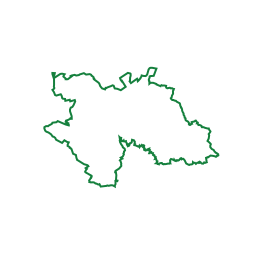 the district of Surduc, Salaj, Romania, rotated 28°
{"feature_id": "2599482B26671211995653", "entity_name": "Surduc", "entity_type": "district", "adm_level": 2, "iso_a3": "ROU", "parent_name": "Romania", "parent_adm1": "Salaj", "projection": "orthographic", "projection_center": [23.382, 47.244], "detail": "fine", "context": "isolated", "style": "outline", "palette": "green", "viewbox_px": 256, "rotation_deg": 28, "n_neighbors": 0, "source": "geoboundaries", "source_scale": "gbopen_adm2", "svg_char_len": 5896}
<svg xmlns="http://www.w3.org/2000/svg" viewBox="0 0 256 256"><g transform="rotate(28 128 128)"><path d="M143.8,185.8L143.4,185.2L143.3,183.3L141.8,180.7L143.5,180.0L143.4,179.4L141.9,179.8L139.9,175.2L138.2,172.9L137.5,173.2L137.3,173.0L137.3,172.3L137.1,171.7L139.2,168.0L139.9,164.7L139.7,164.3L139.1,163.6L138.8,162.6L137.0,160.8L136.0,160.4L136.5,158.8L137.3,157.8L135.6,157.5L136.6,156.1L136.8,155.5L136.7,153.2L135.9,152.6L136.0,151.7L135.5,150.6L135.9,149.2L134.7,147.8L132.5,147.5L132.0,146.8L129.1,145.3L128.0,144.3L127.8,143.7L127.5,144.0L126.5,142.8L126.6,142.3L124.9,140.1L125.9,140.4L126.2,140.0L126.6,139.9L127.0,141.2L129.0,142.3L130.0,141.9L130.1,141.1L130.7,141.7L131.2,141.6L132.3,140.6L132.7,141.3L133.4,141.5L134.7,142.8L135.2,142.5L135.1,143.3L135.6,143.4L136.4,144.2L137.1,143.4L137.3,142.9L136.9,140.5L137.6,139.9L138.0,139.0L137.1,136.5L139.0,136.1L139.3,136.5L140.2,136.7L140.6,137.1L141.3,139.4L141.7,139.2L141.8,140.1L142.7,139.8L145.9,139.6L146.2,139.2L146.3,138.4L147.2,139.3L147.3,138.2L147.8,137.9L147.8,137.5L148.1,137.5L148.2,136.5L149.1,136.8L149.2,136.3L149.9,135.8L150.7,136.1L150.9,137.6L151.6,137.9L151.3,138.1L152.2,138.3L152.2,139.0L152.5,139.1L152.6,139.7L153.3,139.7L153.5,139.3L154.1,139.6L155.0,138.8L155.0,138.0L156.4,136.3L156.7,137.4L157.1,137.0L157.7,137.1L157.9,138.3L158.5,139.4L158.6,140.3L159.0,140.1L159.3,138.9L159.9,138.2L160.9,139.0L161.4,139.0L161.8,138.7L161.9,139.2L162.8,139.5L162.9,139.9L163.3,139.7L163.8,140.1L164.2,139.8L165.4,141.0L166.0,140.8L166.0,141.3L166.4,141.8L166.4,142.5L167.1,141.9L168.4,143.2L169.1,143.7L169.6,143.6L169.7,143.9L169.3,144.3L169.5,145.1L169.8,145.2L169.5,145.9L170.2,145.6L171.0,145.9L171.6,145.4L172.3,145.5L172.2,144.8L173.6,143.4L174.3,143.0L175.4,143.6L176.6,143.3L176.7,142.9L178.1,142.3L180.1,140.6L181.2,140.1L181.7,139.4L182.0,139.3L181.2,138.4L180.9,137.4L180.3,136.7L180.5,135.2L181.6,134.9L183.7,134.9L183.6,134.3L184.6,134.9L185.8,134.7L185.8,133.8L186.7,133.8L187.0,133.1L187.8,133.0L188.2,132.3L188.6,130.2L189.0,129.8L189.5,130.4L190.0,130.6L190.9,129.3L191.6,129.3L193.3,130.0L196.0,132.0L198.8,132.0L199.5,131.8L199.8,131.2L201.5,130.1L202.0,129.0L201.4,127.7L202.3,127.9L203.4,127.3L204.8,127.8L205.5,126.1L206.5,125.4L206.5,124.9L207.0,124.1L207.9,124.2L207.9,124.9L208.4,124.5L210.0,124.7L211.1,124.2L211.3,123.3L211.7,123.0L211.6,122.6L212.4,122.6L213.6,121.3L213.2,121.0L213.0,120.5L210.9,117.7L211.9,116.5L212.1,116.7L212.5,116.3L213.8,113.6L216.1,112.7L218.8,112.0L219.2,112.1L219.6,111.3L219.5,110.7L219.9,109.9L220.4,110.1L220.6,109.8L219.9,108.8L217.8,108.5L217.0,108.7L216.4,108.3L215.5,108.2L214.0,107.2L211.8,107.2L209.7,106.3L208.9,104.9L208.8,103.6L208.5,103.2L206.3,102.5L204.3,102.1L204.2,99.4L203.1,96.3L202.1,95.5L202.5,93.1L202.4,92.3L200.5,91.4L199.5,90.5L198.8,91.0L195.9,91.7L194.3,91.8L192.9,92.6L192.4,92.3L192.2,91.8L191.6,91.6L189.6,91.7L188.8,92.3L188.0,91.7L187.2,91.6L187.1,90.9L186.7,91.2L186.7,90.7L184.4,89.6L184.0,89.9L183.7,90.9L181.4,92.9L181.9,93.7L182.5,94.2L181.8,94.7L181.9,95.3L181.4,96.2L180.7,96.4L179.9,96.0L179.7,95.1L178.2,94.2L175.4,94.1L174.7,93.5L174.4,92.6L174.0,92.3L173.2,92.3L172.3,91.0L170.9,90.3L170.2,89.0L169.2,88.5L167.7,87.3L167.0,86.2L166.0,85.2L165.2,85.2L164.7,84.3L163.8,83.9L162.7,82.4L162.0,81.9L158.6,81.9L157.6,81.5L156.0,82.0L155.1,81.9L153.9,82.5L152.0,81.9L151.8,81.6L152.2,80.7L151.6,78.7L151.7,76.6L150.3,74.2L150.4,73.4L150.2,72.0L149.2,72.3L148.1,72.2L147.3,72.9L146.1,72.8L144.0,74.5L142.8,74.4L141.9,73.4L141.8,72.9L139.9,73.5L138.3,74.5L137.6,74.4L136.8,75.5L136.9,75.8L132.7,76.2L132.4,75.8L128.9,76.3L126.6,77.6L126.1,78.9L125.3,77.4L125.3,77.1L124.7,76.8L124.7,76.5L124.2,76.3L123.6,75.4L123.4,73.4L122.9,72.3L123.3,71.7L126.2,69.9L125.2,62.2L121.1,63.5L119.7,64.2L119.0,65.0L118.7,66.6L119.8,71.7L119.5,73.3L119.1,73.9L117.4,74.7L115.4,75.2L115.7,76.2L115.5,77.8L115.7,78.3L114.8,81.9L114.7,82.1L113.7,80.7L112.9,80.2L109.5,87.0L107.5,86.0L107.6,85.4L106.2,82.5L105.8,80.6L104.9,79.0L104.5,78.8L102.0,79.4L97.5,87.6L98.8,88.8L100.6,89.7L100.7,89.3L106.6,92.7L103.9,98.0L100.2,98.4L97.7,99.3L95.5,97.4L94.3,97.6L93.4,98.9L90.6,102.0L90.2,102.9L89.4,103.1L89.6,104.7L86.5,105.2L83.9,104.1L81.7,102.2L80.6,101.8L75.3,101.0L75.1,100.4L74.4,100.5L73.9,99.4L72.1,98.9L71.4,99.0L70.5,98.3L68.9,98.4L65.9,100.5L63.3,100.3L60.2,103.4L59.8,104.3L59.3,104.7L57.6,106.0L56.0,106.1L53.7,108.0L52.8,109.1L53.3,109.8L53.6,109.7L52.0,113.1L51.0,113.8L50.3,114.1L50.3,113.7L46.8,112.9L46.6,111.8L46.8,110.3L44.3,111.0L42.9,112.0L39.8,117.6L38.8,117.8L37.8,116.6L37.7,116.1L38.1,115.8L37.6,113.9L35.4,114.9L35.9,115.8L39.7,119.5L42.5,124.7L43.2,126.4L44.2,127.3L44.1,128.5L43.4,129.8L45.8,131.1L48.1,133.1L49.5,133.0L52.8,129.8L54.2,130.6L55.9,132.5L56.7,132.7L58.8,131.9L59.9,133.4L63.3,130.4L64.5,131.6L67.9,128.3L68.9,129.3L69.2,133.5L69.0,135.5L68.6,136.1L68.2,136.4L67.9,137.0L68.1,138.9L69.0,140.5L72.7,144.0L74.0,146.3L73.3,146.7L72.6,146.6L72.6,147.1L71.3,149.0L69.8,150.6L70.0,151.7L71.5,151.5L72.9,151.9L74.1,151.8L71.2,152.3L71.2,153.8L74.4,153.2L74.5,153.5L71.2,154.2L62.7,154.9L62.1,156.5L58.8,158.8L58.8,160.2L56.9,163.0L56.6,163.9L54.8,164.8L53.8,166.5L54.3,167.6L56.1,169.2L57.6,169.6L59.9,169.3L63.1,169.7L65.4,170.9L66.6,170.6L68.4,170.9L70.0,172.1L76.8,172.1L77.6,168.7L80.7,168.9L82.4,168.5L82.5,170.9L83.1,172.2L84.9,172.2L86.4,172.6L86.3,172.9L88.0,173.1L91.6,176.5L94.7,176.3L96.5,178.6L97.8,179.7L97.9,180.0L106.3,180.6L109.3,179.9L110.3,180.0L110.3,180.7L110.8,180.7L109.5,183.2L110.9,183.4L110.6,184.7L110.7,186.8L111.6,187.1L118.3,187.3L118.6,187.6L118.8,188.6L118.4,188.8L118.4,189.3L118.8,189.8L118.6,190.2L118.3,192.5L118.5,192.9L119.4,193.3L119.4,193.8L120.7,193.5L122.7,192.3L123.9,192.0L125.4,192.3L126.2,191.9L128.1,191.9L128.8,191.6L129.2,191.0L131.4,192.5L136.2,189.2L136.6,188.5L138.1,188.1L139.9,186.5L141.5,185.8L143.8,185.8Z" fill="none" stroke="#15803d" stroke-width="2"/></g></svg>